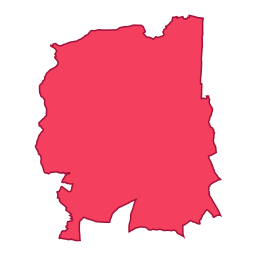 Jugureni, Prahova, Romania (Robinson projection)
{"feature_id": "2599482B77676067936148", "entity_name": "Jugureni", "entity_type": "district", "adm_level": 2, "iso_a3": "ROU", "parent_name": "Romania", "parent_adm1": "Prahova", "projection": "robinson", "projection_center": [26.419, 45.107], "detail": "fine", "context": "isolated", "style": "filled", "palette": "rose", "viewbox_px": 256, "rotation_deg": 0, "n_neighbors": 0, "source": "geoboundaries", "source_scale": "gbopen_adm2", "svg_char_len": 5706}
<svg xmlns="http://www.w3.org/2000/svg" viewBox="0 0 256 256"><path d="M183.7,236.5L182.9,233.4L182.8,225.4L184.6,224.8L190.2,220.7L190.7,220.5L193.1,221.9L194.6,222.2L198.5,223.9L199.8,223.9L200.0,223.7L200.0,223.4L199.6,222.1L199.5,221.0L199.6,220.6L201.0,219.0L201.3,218.1L202.0,216.8L202.1,216.3L202.0,216.0L203.9,213.6L205.8,210.7L206.7,209.7L208.6,211.0L211.8,214.0L212.6,215.2L213.0,216.7L213.9,217.3L216.5,215.7L218.2,215.2L219.9,215.2L220.6,215.5L218.6,211.0L208.8,194.2L209.5,193.8L209.1,191.7L208.5,190.3L208.6,189.7L208.9,189.2L209.0,188.7L208.8,188.4L208.9,186.6L209.7,186.2L210.1,184.8L212.6,183.0L218.7,179.8L220.1,179.7L220.6,179.4L218.0,177.2L216.8,175.0L215.1,173.3L214.9,172.4L214.3,171.6L214.3,171.0L214.2,170.3L213.5,169.1L213.0,167.4L212.5,166.2L212.2,165.0L211.2,163.2L210.7,161.5L210.1,160.7L209.2,158.9L208.5,156.3L211.6,155.0L216.3,152.4L216.2,151.7L215.9,150.6L215.9,148.4L215.5,147.6L215.6,146.6L213.7,142.9L213.5,141.8L213.4,140.7L213.6,138.3L213.9,137.3L213.7,136.0L214.5,132.7L213.5,132.0L213.9,130.7L213.7,129.9L213.0,129.2L212.7,128.1L211.0,127.3L210.3,126.4L208.6,121.9L208.7,121.2L209.6,119.5L209.6,118.1L211.4,114.6L211.6,112.7L212.1,111.6L212.5,109.3L212.4,108.6L210.7,105.9L209.3,103.0L209.2,102.0L209.2,101.2L209.5,100.3L209.6,99.4L209.5,98.9L208.6,97.6L208.4,96.9L208.7,96.2L207.7,95.9L206.4,96.2L206.7,96.6L206.9,97.8L206.7,98.4L206.4,98.7L203.4,98.2L201.5,98.5L201.3,98.1L201.6,93.6L201.6,90.4L201.8,84.7L201.7,83.8L200.5,83.9L200.6,78.0L201.2,71.8L201.6,62.4L201.3,59.6L201.8,51.4L202.3,46.3L202.3,41.0L202.1,36.7L202.7,34.4L202.6,30.1L202.7,26.8L202.6,22.9L202.7,21.4L203.2,18.3L199.4,17.7L197.8,17.7L195.6,16.9L189.3,15.4L189.1,15.4L189.2,17.3L187.5,17.4L187.2,18.4L186.3,18.9L185.9,18.9L185.5,18.7L185.1,19.1L184.0,18.5L183.4,18.6L183.2,17.5L182.8,16.7L182.1,16.7L180.6,17.4L178.9,17.4L177.4,18.2L177.1,18.1L177.1,16.8L176.7,16.6L176.1,16.7L174.5,17.4L172.9,17.2L172.5,18.0L172.5,18.8L172.2,19.6L172.5,20.3L172.1,20.9L170.6,22.3L169.7,23.5L167.9,25.1L167.5,25.9L165.6,26.4L165.7,26.8L166.4,27.5L166.5,27.9L166.4,28.2L164.4,29.3L164.0,29.7L163.0,31.9L163.0,32.2L163.9,33.9L164.0,34.5L163.8,35.1L163.4,35.5L161.5,36.4L157.5,37.6L156.9,37.4L156.3,36.7L155.9,36.7L153.4,39.3L153.1,39.4L152.3,38.5L150.6,37.7L148.0,37.1L146.5,37.1L144.4,34.4L143.5,33.9L143.3,33.4L143.4,33.2L144.3,32.3L145.2,32.0L145.3,31.4L143.8,28.3L143.5,27.1L141.6,25.4L133.5,25.1L128.4,26.6L125.2,26.6L123.0,27.1L120.7,27.4L119.9,27.6L117.7,29.3L115.6,29.9L106.2,30.1L100.7,30.0L98.7,29.7L95.1,30.7L91.2,30.6L90.1,31.7L87.7,34.7L85.1,35.7L84.8,36.3L81.2,38.9L79.1,39.7L76.2,41.4L75.0,41.2L74.2,41.6L71.4,41.9L70.2,42.4L69.3,42.4L66.4,43.7L62.9,44.8L61.2,45.8L57.9,45.5L57.3,44.8L55.5,43.5L53.1,44.2L52.9,44.6L52.9,45.3L52.6,45.6L51.6,45.7L51.1,45.2L50.7,45.3L50.8,45.8L51.3,46.3L53.5,47.5L55.2,48.7L56.0,49.7L56.3,50.3L56.5,51.5L55.0,54.1L55.1,54.6L56.0,55.6L56.2,56.3L55.9,56.7L54.8,57.0L54.7,57.3L55.3,58.3L57.7,61.1L58.1,63.4L57.7,64.5L55.8,66.8L52.4,68.8L50.6,69.5L46.5,73.5L45.6,75.6L44.7,77.3L44.8,79.1L43.8,80.3L43.0,80.9L42.1,83.0L40.1,84.9L39.6,85.9L39.5,87.4L39.6,91.2L39.9,93.2L40.7,95.3L40.9,96.1L43.2,97.9L44.8,100.2L44.9,100.7L44.5,102.8L44.8,105.1L46.7,108.8L46.4,110.5L46.6,111.8L46.2,113.4L46.6,114.2L46.7,114.8L46.6,115.2L45.2,116.6L44.1,118.1L42.0,119.7L41.5,120.4L38.9,122.9L39.4,126.0L40.5,125.8L40.9,126.0L41.3,127.5L43.0,128.9L43.3,129.9L43.0,130.7L41.2,132.5L38.8,136.0L38.1,138.8L37.0,141.1L36.8,143.7L36.3,144.9L35.4,146.2L36.7,149.2L37.8,150.8L38.8,154.3L39.9,154.9L40.9,156.4L41.2,159.0L40.9,161.0L41.0,163.0L41.3,164.1L42.2,165.4L42.8,166.8L43.9,171.0L44.6,172.5L44.9,172.8L47.7,173.3L48.7,173.8L50.7,172.4L56.5,171.8L57.8,172.1L58.0,172.5L60.0,172.9L61.0,172.8L61.7,173.3L62.1,172.8L63.0,172.5L63.6,172.5L64.1,172.8L64.1,173.4L64.7,173.7L65.9,173.5L67.9,172.7L69.4,172.8L69.8,173.1L69.5,173.6L68.5,173.5L66.2,174.9L65.4,175.6L62.7,179.9L62.2,180.9L62.0,182.3L63.7,182.5L64.3,182.1L64.6,182.2L67.3,183.5L68.2,183.6L68.5,183.4L70.0,183.9L72.8,183.9L72.4,185.7L71.8,186.9L71.9,187.9L71.8,188.6L70.9,191.0L70.7,191.3L69.4,191.8L68.4,191.5L62.3,186.9L61.5,186.6L61.2,186.7L60.5,188.9L59.4,190.9L58.7,191.6L57.1,191.8L57.1,192.4L57.9,194.3L58.1,195.1L58.1,195.3L57.9,195.3L57.8,195.6L57.5,197.9L59.3,198.2L59.3,200.0L59.8,201.3L60.6,202.5L64.8,206.0L66.7,207.8L66.0,209.1L65.9,210.1L68.2,211.7L71.4,214.4L69.8,215.4L72.1,216.9L70.5,218.7L71.5,219.1L71.8,218.7L72.6,219.1L72.1,220.6L71.2,221.1L69.5,221.1L68.8,221.6L67.7,221.7L67.2,223.8L67.6,225.5L66.6,225.8L66.1,226.2L66.0,226.6L66.3,227.7L67.6,228.2L67.8,228.5L67.7,229.1L66.3,230.0L65.3,231.0L62.8,230.9L61.6,231.7L61.0,234.0L59.6,235.3L59.9,236.6L59.2,237.6L59.1,238.0L59.9,238.5L60.8,238.0L63.4,238.8L65.7,239.0L67.9,239.6L69.7,239.6L70.8,238.9L71.1,239.4L72.2,239.5L75.5,240.5L78.8,240.6L80.2,240.4L79.9,239.1L79.8,235.7L79.3,230.5L79.3,226.4L79.6,221.4L82.8,218.2L84.1,217.2L86.3,218.4L93.8,220.7L95.5,221.5L98.9,221.9L105.2,222.2L108.7,222.3L109.7,222.2L110.0,220.0L111.4,216.8L111.7,215.5L112.5,213.6L114.8,211.2L116.4,210.0L117.8,208.3L118.8,207.6L128.5,203.0L129.6,202.3L129.6,202.1L136.0,199.5L135.5,200.4L134.1,204.2L132.6,209.9L132.1,210.6L131.0,213.6L130.6,215.9L130.7,217.3L130.6,218.7L130.2,221.2L129.4,223.8L129.0,226.4L129.0,231.8L129.7,231.7L130.7,230.6L132.7,229.8L136.3,227.8L138.7,227.4L140.0,226.8L142.5,227.1L144.3,227.0L146.7,227.9L147.6,228.6L148.3,229.5L149.0,229.9L151.6,229.9L152.5,229.3L153.4,229.1L154.6,229.6L155.9,229.8L157.9,229.7L159.3,229.3L160.6,229.3L161.5,229.8L164.2,230.6L167.6,230.2L171.5,230.7L173.7,230.1L174.5,230.1L176.0,231.1L176.5,231.7L177.0,232.7L178.2,233.7L181.1,235.0L182.6,236.0L183.5,236.3L183.7,236.5Z" fill="#f43f5e" stroke="#9f1239" stroke-width="1.5"/></svg>